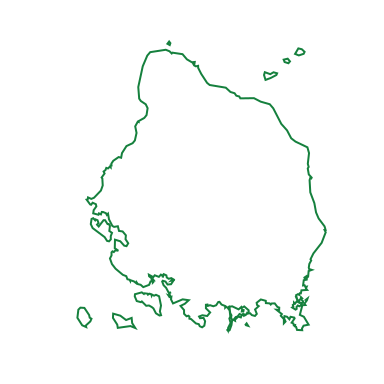 outline of Marinduque, Marinduque, Philippines, rotated 172°
{"feature_id": "2640588B36383122170471", "entity_name": "Marinduque", "entity_type": "district", "adm_level": 2, "iso_a3": "PHL", "parent_name": "Philippines", "parent_adm1": "Marinduque", "projection": "natural_earth1", "projection_center": [122.005, 13.38], "detail": "fine", "context": "isolated", "style": "outline", "palette": "green", "viewbox_px": 384, "rotation_deg": 172, "n_neighbors": 0, "source": "geoboundaries", "source_scale": "gbopen_adm2", "svg_char_len": 5840}
<svg xmlns="http://www.w3.org/2000/svg" viewBox="0 0 384 384"><g transform="rotate(172 192 192)"><path d="M107.2,40.8L102.1,39.8L102.1,41.5L100.1,44.1L95.0,44.4L98.6,52.9L102.3,55.3L98.5,64.5L95.4,64.3L98.2,69.8L99.7,70.7L100.9,70.0L101.3,67.6L98.4,66.7L100.3,64.4L101.7,63.9L103.0,64.9L104.5,63.6L104.6,61.7L105.8,61.1L108.9,63.7L107.6,64.3L107.9,66.1L106.6,66.8L106.4,68.3L105.5,67.1L103.5,69.1L102.1,68.1L103.9,74.6L103.1,73.7L103.3,75.3L101.3,76.1L100.2,75.2L99.4,76.7L98.3,76.5L97.3,79.4L91.6,79.0L92.6,80.6L91.6,82.3L92.9,82.2L93.5,84.0L95.0,84.0L93.6,89.1L89.8,89.3L92.3,90.4L92.6,91.6L90.4,92.7L90.2,91.0L88.8,92.0L87.5,97.5L84.2,98.2L86.7,99.4L86.9,100.8L85.8,104.5L83.5,107.6L84.0,108.9L80.3,114.3L70.7,123.6L65.2,133.5L66.0,135.9L65.0,135.8L65.5,139.5L70.3,148.2L72.0,154.5L72.4,164.0L74.9,175.2L73.9,187.4L72.7,189.9L71.9,189.0L71.5,189.6L73.9,193.1L74.1,199.2L73.0,200.6L73.4,203.8L70.7,214.2L71.5,220.2L82.5,227.5L86.3,231.4L89.3,239.8L94.1,247.0L99.9,263.6L102.8,268.1L111.4,271.9L117.6,276.3L131.1,278.0L131.9,280.0L134.7,281.2L136.1,283.9L140.0,285.7L144.0,290.6L159.6,295.5L161.9,298.0L166.4,307.6L168.6,314.0L168.4,316.1L170.7,315.9L172.3,317.1L172.8,318.5L171.8,318.5L171.2,320.4L174.1,320.5L178.6,324.1L182.2,329.8L192.0,332.7L192.8,332.0L194.7,334.5L198.2,336.5L213.9,336.3L217.3,333.3L223.3,323.3L230.6,303.4L231.3,291.8L230.0,289.2L225.6,285.3L224.3,281.2L226.3,274.5L228.9,272.0L235.1,269.6L235.1,268.7L236.0,269.1L239.1,264.9L238.7,258.2L241.4,251.0L244.0,248.6L250.5,246.6L255.9,240.3L257.4,235.8L259.8,236.8L265.6,233.9L267.9,231.3L268.0,229.5L268.9,229.6L269.1,227.7L269.8,228.6L271.9,227.0L273.5,227.8L274.7,225.7L276.7,224.6L276.0,222.5L279.5,218.9L278.9,217.8L279.5,210.9L282.0,206.1L289.9,199.9L292.7,199.2L295.7,201.1L296.3,199.2L297.4,199.1L294.6,193.9L293.7,193.4L291.9,195.2L288.9,193.3L288.7,191.1L291.9,187.7L292.8,184.6L287.8,182.5L287.1,183.8L285.3,182.5L284.1,184.8L282.9,184.6L280.2,183.0L279.5,181.1L278.2,182.2L278.0,176.4L275.6,169.5L274.0,168.3L270.2,168.4L269.7,163.6L266.2,162.6L263.5,158.3L264.4,154.5L262.3,150.1L264.4,147.5L266.6,148.3L269.9,153.2L274.9,155.5L276.3,147.1L273.1,144.1L276.0,144.9L277.8,143.4L279.0,144.3L280.1,143.4L280.5,140.4L282.5,137.6L281.3,131.8L278.4,126.7L272.0,119.6L268.8,117.8L268.1,114.6L266.0,113.8L265.5,112.4L265.2,113.2L262.0,111.6L259.9,109.4L259.5,110.4L258.4,108.3L255.8,107.3L253.5,104.6L247.4,106.0L245.5,109.2L244.2,109.0L244.1,112.3L246.2,114.5L246.2,116.1L242.2,113.1L240.5,114.7L236.6,112.6L234.3,114.5L233.2,113.3L231.4,114.6L233.0,111.3L231.3,114.5L229.0,113.0L228.9,110.9L227.2,109.3L224.5,109.6L222.1,107.7L222.2,107.2L224.3,106.8L222.9,106.6L225.6,103.6L229.1,103.8L230.7,107.0L233.3,108.2L234.0,107.5L233.1,103.6L231.0,100.8L229.0,95.3L226.8,95.6L228.8,94.7L227.8,91.6L229.7,92.8L229.0,91.4L229.7,91.0L227.0,91.2L227.8,88.8L226.3,84.3L216.2,87.0L210.3,85.3L214.7,82.3L219.2,80.8L216.3,76.2L216.8,72.5L214.7,69.7L212.8,70.0L211.9,69.0L212.2,66.9L210.6,66.3L206.4,61.3L203.7,60.2L203.0,58.0L200.8,56.6L198.4,57.9L197.0,62.2L198.1,65.7L201.6,65.9L202.3,67.7L198.9,68.5L194.2,67.1L190.8,70.2L194.4,74.9L193.9,78.4L192.3,78.4L192.1,77.0L189.9,77.4L186.8,75.9L183.8,76.5L181.3,79.4L180.1,79.4L178.4,76.4L175.0,74.5L175.2,72.9L174.2,73.7L172.9,72.4L171.8,73.0L172.0,71.8L172.7,72.2L171.2,69.4L171.4,63.3L172.6,61.5L172.0,56.9L175.1,52.5L175.7,49.9L176.2,51.3L176.2,50.2L175.4,49.3L174.0,49.9L171.4,54.8L170.0,59.8L170.8,62.2L170.1,64.4L171.0,66.8L170.9,73.2L168.1,73.2L162.2,69.3L159.3,71.2L159.2,70.3L156.2,71.4L152.4,67.0L152.5,65.6L154.2,63.9L151.3,63.8L149.9,61.8L146.9,60.5L144.8,62.3L145.9,66.9L141.8,69.7L143.3,71.1L143.4,73.3L138.8,76.0L134.1,74.0L134.3,71.7L130.6,70.9L129.7,69.6L128.7,70.5L125.6,70.2L123.4,66.3L121.7,65.4L122.1,63.2L124.8,63.7L120.0,58.6L121.3,57.1L118.7,53.4L119.3,49.2L117.4,50.7L118.4,53.9L117.7,56.2L115.2,55.2L113.3,52.4L111.8,54.7L108.2,53.4L108.0,52.5L111.5,48.7L109.9,47.7L109.8,45.9L108.4,45.9L108.8,44.6L107.7,44.0L107.2,40.8ZM241.4,74.2L239.8,74.3L240.4,78.3L238.5,83.9L239.1,93.3L242.0,95.2L244.0,94.6L245.9,96.0L246.4,95.1L246.6,96.4L248.1,97.2L249.8,96.5L249.9,97.4L253.5,98.4L253.4,99.2L253.7,97.8L253.8,97.7L255.7,99.6L262.7,98.7L263.2,96.6L261.9,91.7L257.9,90.0L256.9,90.6L253.2,85.7L250.4,85.6L247.9,83.7L246.4,82.1L244.6,76.9L241.4,74.2ZM281.0,154.7L279.0,156.4L278.6,159.6L276.9,162.7L279.3,164.9L278.0,169.8L278.9,171.9L280.1,172.0L282.0,176.2L283.5,176.4L289.2,170.8L290.6,172.9L288.9,174.3L289.5,177.2L291.4,178.3L291.9,177.5L293.5,179.8L295.2,179.3L296.7,174.3L295.4,170.1L284.8,159.5L282.9,155.4L281.0,154.7ZM267.1,65.2L269.5,70.5L269.3,75.7L275.1,74.4L280.2,79.5L287.0,82.5L287.8,78.3L284.5,71.1L284.4,67.8L271.6,67.8L267.1,65.2ZM315.6,73.0L315.8,74.5L310.7,78.0L309.2,80.5L310.8,81.8L311.0,84.5L314.7,92.2L318.6,93.0L320.9,91.3L323.0,83.4L319.3,75.3L315.6,73.0ZM104.4,297.8L103.6,292.8L98.4,293.9L92.2,296.1L91.2,297.7L94.6,299.2L98.1,297.8L103.2,300.5L104.4,297.8ZM67.2,312.4L62.2,313.3L61.0,315.1L63.4,318.1L66.7,319.4L70.7,314.4L67.2,312.4ZM78.6,306.1L76.8,307.7L78.7,310.7L82.8,310.3L82.2,307.8L78.6,306.1ZM167.3,58.5L167.3,59.5L163.5,62.2L161.1,61.0L159.8,63.3L161.9,64.6L164.2,62.4L166.1,62.1L168.8,59.6L167.3,58.5ZM193.6,340.6L192.7,342.4L193.7,344.2L195.7,342.2L193.6,340.6ZM155.0,51.6L156.2,54.3L157.4,53.2L157.1,52.6L155.0,51.6ZM243.1,109.2L241.9,109.4L243.3,111.9L243.1,109.2ZM159.3,66.8L157.7,66.8L157.3,67.9L158.7,68.6L159.3,66.8ZM224.9,107.1L223.0,107.3L222.6,107.5L224.5,108.9L223.8,107.9L224.9,107.1ZM98.7,72.7L99.1,71.5L97.9,71.6L98.7,72.7ZM157.4,62.3L156.1,62.7L156.1,63.1L157.1,63.5L157.4,62.3ZM159.3,63.4L158.5,63.0L158.6,64.0L159.3,63.4ZM94.3,67.7L93.7,68.3L94.1,68.5L94.3,67.7ZM243.1,108.9L243.3,107.8L242.9,108.1L243.1,108.9ZM155.2,63.3L154.8,62.7L154.9,63.7L155.2,63.3ZM93.4,69.9L92.7,69.9L92.4,70.5L93.4,69.9Z" fill="none" stroke="#15803d" stroke-width="2"/></g></svg>